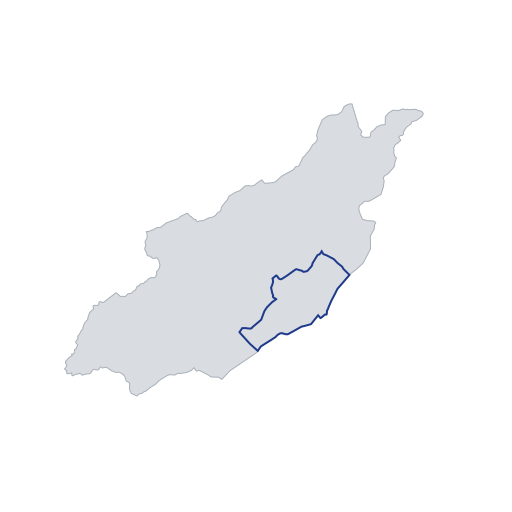 Ömnögovi on a map of Mongolia (Robinson projection), rotated 319°
{"feature_id": "MNG-3298", "entity_name": "Ömnögovi", "entity_type": "Province", "adm_level": 1, "iso_a3": "MNG", "parent_name": "Mongolia", "parent_adm1": "", "projection": "robinson", "projection_center": [104.196, 43.387], "detail": "fine", "context": "in_parent", "style": "outline", "palette": "blue", "viewbox_px": 512, "rotation_deg": 319, "n_neighbors": 0, "source": "natural_earth", "source_scale": "10m", "svg_char_len": 5566}
<svg xmlns="http://www.w3.org/2000/svg" viewBox="0 0 512 512"><g transform="rotate(319 256 256)"><path d="M37.5,215.6L39.1,215.5L41.7,214.0L42.1,211.8L43.0,210.6L49.0,210.0L51.7,210.7L52.2,209.3L52.7,209.1L54.1,210.3L55.5,209.8L56.5,209.2L57.5,207.6L59.5,207.9L63.1,206.1L63.2,202.9L64.6,202.1L67.8,201.5L68.3,200.0L69.0,199.6L71.4,199.2L75.4,197.6L77.3,197.5L78.8,196.1L82.5,194.2L87.9,193.3L88.4,192.4L93.4,189.5L98.6,189.4L100.2,186.9L101.0,186.7L104.4,189.6L105.9,189.2L106.6,188.1L108.7,188.1L109.5,190.2L110.7,191.0L126.1,191.8L126.5,192.6L127.1,197.5L129.8,199.7L130.4,200.8L134.7,200.5L137.1,202.3L140.8,202.2L142.6,202.7L146.3,201.0L147.1,201.0L148.2,201.9L150.0,201.2L153.3,202.9L155.9,202.6L157.1,203.3L158.6,202.7L162.3,203.2L165.2,205.8L167.3,205.6L169.8,203.9L170.5,202.7L174.1,202.1L176.1,201.0L177.5,199.9L179.6,196.1L180.2,192.2L178.4,191.6L176.9,190.4L176.0,188.3L176.0,186.8L174.3,184.6L174.5,183.5L175.6,181.6L176.2,178.5L177.5,176.8L179.9,175.9L180.2,174.6L181.8,172.3L185.7,170.9L188.0,168.3L189.3,165.6L191.1,167.0L196.0,168.8L200.1,169.7L202.7,171.7L210.0,172.2L222.1,176.8L224.6,176.5L231.8,178.4L232.4,179.1L232.3,182.6L232.9,183.5L233.1,187.2L234.4,189.1L234.0,191.4L234.7,192.0L236.4,192.4L239.3,194.7L245.7,196.3L247.6,197.8L252.0,198.9L254.3,198.2L258.1,198.6L259.4,198.4L261.8,196.6L263.3,196.1L271.7,194.6L274.0,193.5L275.6,193.2L282.2,194.4L286.8,196.1L293.5,195.9L296.6,197.9L298.0,199.8L300.6,201.4L309.8,202.1L310.3,202.5L310.2,206.5L310.6,207.2L316.7,211.6L319.5,212.8L327.9,212.6L341.0,215.4L344.1,214.6L346.9,216.0L348.0,215.9L356.3,212.3L357.6,212.5L366.4,211.1L371.9,209.2L376.1,209.4L379.4,207.8L380.8,204.7L386.1,201.1L395.6,196.6L401.6,197.3L405.2,198.9L409.1,202.1L411.2,203.0L415.2,203.3L420.6,201.0L423.6,201.6L426.4,202.6L428.2,204.2L420.5,221.1L420.4,222.1L417.9,225.6L417.7,231.3L414.3,233.3L414.9,236.5L415.8,237.7L419.8,240.9L421.1,240.5L422.2,239.2L424.2,238.0L428.1,238.3L431.5,237.8L435.8,238.9L439.8,241.5L445.1,235.7L450.2,235.0L455.1,235.8L458.9,239.7L463.5,241.5L464.8,243.7L466.6,244.6L467.1,245.7L472.8,250.1L474.1,253.1L475.8,255.1L475.9,257.3L475.6,258.3L473.5,259.5L465.9,258.9L461.4,256.8L459.8,258.0L454.1,257.6L450.8,258.4L448.7,259.2L447.4,260.6L446.5,261.0L445.5,260.9L443.7,259.8L442.2,259.8L441.8,260.1L441.0,263.7L436.1,263.7L434.4,263.2L430.5,264.9L429.9,266.3L427.8,268.2L426.1,271.8L426.5,273.4L426.0,274.3L422.5,276.3L419.1,279.2L412.0,280.3L408.6,280.5L406.1,279.8L403.6,280.3L401.8,283.6L397.3,287.5L390.6,291.5L378.2,289.1L376.7,288.5L374.0,286.0L366.9,285.9L364.9,287.6L363.1,290.0L360.4,298.0L363.3,302.6L366.7,305.6L368.1,307.7L368.2,309.5L365.9,310.3L362.9,313.2L355.4,315.9L347.1,325.8L332.3,331.6L323.1,332.0L315.8,331.4L296.0,334.2L283.3,339.3L273.8,343.8L271.8,345.9L270.8,346.3L269.1,345.4L263.9,345.2L263.9,341.4L252.8,343.5L243.7,339.1L230.8,336.5L228.2,335.5L223.8,330.5L221.5,329.9L215.8,329.6L200.2,327.4L192.9,329.3L161.1,325.5L149.4,326.7L149.0,326.2L148.4,323.1L143.1,318.2L142.4,317.0L142.2,315.2L138.2,305.2L135.4,303.7L135.9,299.6L131.7,299.9L127.1,298.3L122.3,295.4L120.1,293.2L116.8,292.7L112.8,288.8L110.8,288.0L100.8,286.4L95.7,286.9L90.3,285.9L84.1,285.7L82.1,284.9L80.3,285.0L76.8,283.3L74.4,283.7L71.8,278.0L72.7,274.5L74.0,272.4L77.1,269.3L77.1,268.1L76.1,265.2L78.1,260.2L77.7,257.0L76.3,253.5L74.3,252.6L71.6,247.8L70.9,244.1L69.8,241.5L66.8,239.9L65.9,237.6L65.0,237.5L64.2,238.2L62.4,238.5L60.6,237.1L59.7,235.5L58.6,235.0L56.5,235.1L54.7,235.9L52.7,235.5L51.0,234.0L46.5,231.8L46.5,230.1L45.9,228.9L44.6,228.6L43.2,227.4L38.9,226.0L38.8,225.2L40.2,223.4L37.2,221.9L36.1,220.4L38.0,218.4L37.4,217.0L37.5,215.6Z" fill="#d9dde1" stroke="#a8b0b8" stroke-width="1"/><path d="M217.6,330.0L211.9,329.2L206.3,328.3L200.7,327.5L200.0,327.5L195.1,328.8L193.8,318.3L193.5,303.9L193.5,302.8L193.6,302.6L198.0,301.5L198.1,301.4L198.3,301.5L198.5,301.6L200.9,303.6L202.4,305.4L204.4,307.3L205.4,307.6L206.6,307.4L217.4,307.5L217.8,307.5L218.5,307.3L225.4,303.5L226.5,303.0L230.6,301.9L237.7,301.4L242.9,301.8L242.9,301.5L242.8,301.0L241.9,298.9L241.9,298.3L242.1,297.8L242.8,297.3L243.0,297.0L243.3,296.5L243.5,295.7L243.7,295.1L246.2,290.5L246.6,289.8L249.4,288.4L251.8,286.8L252.2,286.4L252.5,286.0L253.5,284.4L253.6,284.1L253.7,283.8L258.3,283.9L258.6,284.2L258.7,284.4L258.7,284.5L258.6,284.9L258.6,285.1L258.7,285.7L258.7,285.9L258.7,286.0L258.5,286.3L258.5,286.5L258.5,286.9L258.6,287.1L258.6,287.4L258.5,287.8L258.5,288.0L258.5,288.3L259.0,289.3L259.4,289.7L259.7,290.0L260.7,290.3L266.9,291.2L272.7,291.7L276.7,292.1L277.5,292.3L277.8,292.4L279.6,295.3L280.5,296.5L280.9,297.2L281.1,297.6L281.1,297.9L281.1,298.3L281.3,298.7L281.5,299.1L282.7,299.9L283.7,300.5L284.8,300.9L285.3,301.0L289.6,300.4L290.9,300.2L291.5,300.0L292.5,299.6L293.7,298.7L294.7,298.3L302.7,295.8L303.1,295.8L303.8,295.9L304.8,296.3L305.0,296.4L306.4,296.2L308.7,295.5L308.2,298.0L308.1,298.6L308.2,298.9L308.3,299.3L309.6,301.5L312.7,309.5L312.8,312.1L312.9,314.2L313.1,315.8L313.8,319.2L313.9,319.8L313.9,320.5L313.9,321.3L313.7,322.1L313.5,322.8L313.5,323.3L314.1,331.6L308.1,332.5L302.0,333.4L296.0,334.2L289.7,336.8L283.3,339.3L277.7,342.0L276.7,342.5L276.1,342.9L275.9,343.0L275.7,343.1L274.9,343.5L274.1,343.6L273.9,343.7L271.3,346.2L270.7,346.4L270.1,345.8L269.8,345.5L269.5,345.4L265.4,345.4L264.0,345.2L263.9,345.0L264.0,341.5L258.4,342.5L252.9,343.5L252.5,343.4L248.3,341.4L244.2,339.3L243.7,339.1L238.8,338.1L233.9,337.1L229.0,336.0L228.2,335.6L227.0,334.4L224.9,331.2L223.5,330.3L221.9,329.9L220.3,329.7L217.6,330.0Z" fill="none" stroke="#1e3a8a" stroke-width="2"/></g></svg>